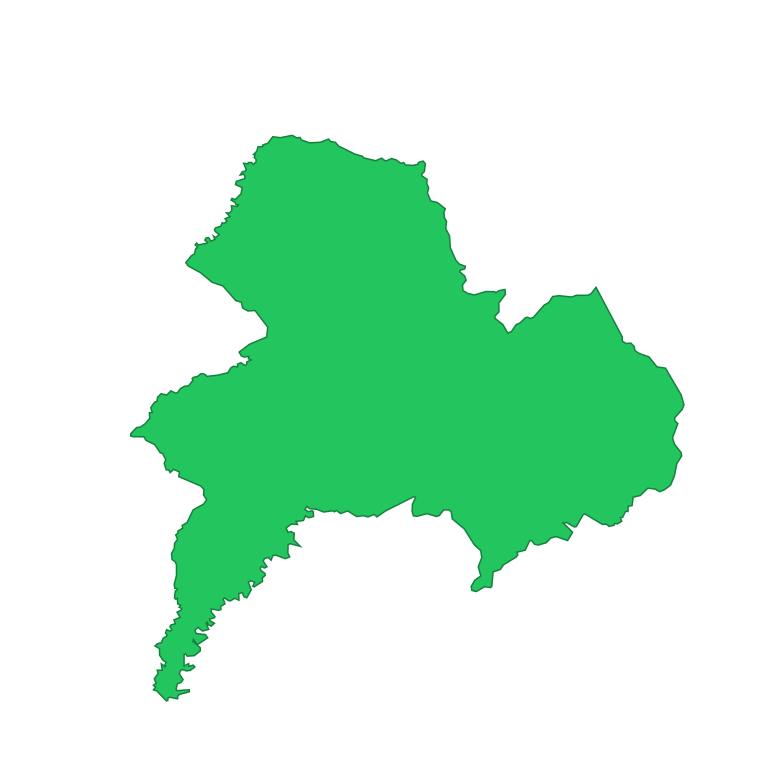 the district of Unaí, Minas Gerais, Brazil, rotated 78°
{"feature_id": "56859067B95951765675764", "entity_name": "Unaí", "entity_type": "district", "adm_level": 2, "iso_a3": "BRA", "parent_name": "Brazil", "parent_adm1": "Minas Gerais", "projection": "robinson", "projection_center": [-46.723, -16.386], "detail": "fine", "context": "isolated", "style": "filled", "palette": "green", "viewbox_px": 768, "rotation_deg": 78, "n_neighbors": 0, "source": "geoboundaries", "source_scale": "gbopen_adm2", "svg_char_len": 6168}
<svg xmlns="http://www.w3.org/2000/svg" viewBox="0 0 768 768"><g transform="rotate(78 384 384)"><path d="M542.4,124.6L534.3,119.1L522.7,114.1L516.3,107.8L512.9,107.7L503.0,112.5L496.5,112.9L483.8,104.8L480.4,107.2L477.5,106.7L471.0,97.8L466.8,94.9L456.4,95.6L427.0,105.4L424.0,113.4L412.5,119.2L407.3,127.9L403.5,131.6L399.3,131.5L395.3,134.1L394.8,138.5L391.8,142.0L387.3,141.2L333.5,156.5L338.7,162.6L339.6,166.2L337.2,177.5L338.0,182.1L334.0,194.5L333.5,200.9L338.5,205.7L340.2,211.1L349.9,224.0L350.4,227.2L348.5,229.8L348.7,232.1L352.5,238.2L353.4,242.4L359.3,248.6L359.8,252.3L350.5,255.4L343.0,261.7L340.7,261.5L337.3,256.5L328.8,254.9L321.5,246.6L316.7,246.0L316.6,252.2L318.1,255.7L316.7,256.6L314.7,265.2L315.7,276.9L313.1,282.8L309.1,287.3L303.4,286.6L299.7,282.1L295.1,282.6L290.0,286.6L288.6,285.7L288.3,281.2L285.8,279.9L282.4,285.4L278.1,287.9L264.5,290.8L252.8,289.1L244.9,291.3L237.9,289.0L234.2,290.3L228.6,289.7L225.4,287.6L217.5,294.1L214.8,300.1L206.3,301.9L201.5,299.5L197.0,300.5L192.8,299.3L188.2,303.7L186.5,303.4L184.7,300.4L177.1,297.7L174.1,299.4L174.5,304.2L176.2,305.4L176.2,309.9L174.3,317.6L171.5,318.6L171.7,321.6L167.3,325.5L165.0,329.7L166.3,336.0L162.6,339.5L163.9,345.7L158.5,357.1L156.8,357.7L152.9,364.9L141.8,379.0L137.5,381.3L135.7,385.9L132.9,387.3L134.3,396.1L132.6,406.8L128.0,414.1L125.4,414.8L125.2,418.2L121.7,422.0L121.5,434.2L119.0,441.4L124.3,447.5L125.1,453.1L126.6,453.3L125.8,458.0L129.8,460.0L132.4,463.9L133.2,462.3L135.4,463.9L138.1,462.3L140.3,463.2L142.0,466.2L139.8,467.5L139.1,470.6L140.4,471.2L138.9,475.4L145.6,474.2L146.9,475.0L146.9,478.5L149.7,481.2L149.6,477.6L152.2,476.7L154.2,477.8L155.1,486.4L158.1,487.8L162.4,481.9L168.2,484.3L172.7,491.2L170.8,494.1L172.4,495.3L175.3,492.0L177.6,491.5L178.6,489.1L179.9,490.5L177.9,496.2L182.4,496.6L184.7,499.5L183.8,502.5L188.3,500.0L189.3,505.1L192.2,503.8L193.6,507.0L192.6,508.8L195.7,510.8L196.2,516.3L198.1,517.9L199.9,517.3L203.4,514.1L205.8,518.2L203.9,520.0L207.3,519.4L208.3,523.6L204.3,525.2L204.2,527.7L206.0,529.3L209.0,527.1L209.5,528.8L209.3,536.7L207.2,538.0L208.7,539.8L211.5,538.0L212.7,540.2L217.2,542.3L218.7,546.1L224.2,552.7L228.1,550.7L237.0,540.3L248.7,531.1L254.7,521.1L271.6,511.7L274.4,506.5L280.2,506.5L284.3,501.9L285.3,494.9L304.2,485.9L313.6,489.0L317.2,507.4L322.7,519.1L326.9,517.7L328.5,515.4L328.9,510.5L331.1,511.4L332.8,509.1L333.9,513.6L336.5,514.4L337.0,516.0L333.4,519.6L334.1,523.2L336.7,523.6L335.4,527.6L336.5,530.6L340.5,534.4L340.8,545.0L339.7,555.5L337.0,557.5L335.8,560.8L337.9,565.1L337.8,568.9L338.8,570.5L340.7,570.2L345.2,575.6L344.7,579.4L346.2,584.2L349.6,587.8L349.6,589.8L346.4,593.8L349.6,598.8L347.2,604.1L349.9,608.3L353.7,609.6L354.1,612.2L358.7,617.1L363.6,616.6L363.3,619.5L368.9,620.3L373.2,625.9L375.4,630.9L375.2,635.1L379.9,642.0L382.2,642.5L383.4,640.3L385.7,629.9L389.7,628.5L395.6,620.9L404.9,617.1L405.5,615.2L412.5,613.2L416.1,615.5L422.8,614.8L423.3,612.4L426.2,611.6L423.8,607.6L427.5,602.3L431.9,604.1L445.5,584.7L449.7,582.0L455.0,583.6L460.3,581.5L463.9,585.3L467.5,596.9L478.5,605.4L480.4,610.9L483.1,610.8L485.1,616.3L486.8,616.3L488.3,619.1L492.9,618.2L496.4,622.0L501.4,623.4L505.5,627.1L511.6,627.8L515.0,624.9L518.3,624.7L528.1,626.8L536.3,630.8L540.5,631.2L540.9,629.2L542.5,629.1L543.1,631.2L549.7,633.4L551.2,632.5L550.8,630.8L556.3,631.5L558.2,629.0L559.8,630.9L561.4,628.6L562.9,629.4L564.2,633.9L569.9,632.0L571.0,638.5L575.1,638.0L575.4,642.5L576.7,643.8L580.5,642.7L581.2,644.7L579.1,647.7L582.2,649.5L584.6,648.3L585.6,649.3L586.7,652.8L590.8,655.7L590.9,659.5L592.6,662.5L596.2,658.6L602.5,659.9L608.2,657.7L610.8,654.9L613.5,656.9L615.5,656.2L611.5,660.0L617.9,660.4L616.7,665.3L620.1,665.1L624.7,670.0L629.5,669.1L630.7,672.2L633.0,670.5L635.3,673.1L637.0,670.0L648.6,662.9L648.7,661.4L646.2,660.5L645.8,658.9L649.0,651.3L646.2,650.6L645.1,648.5L644.6,638.3L642.6,638.1L640.9,650.1L639.5,650.9L634.3,648.5L633.7,644.5L631.5,642.0L625.0,644.4L622.1,642.7L621.3,640.8L623.6,636.8L623.8,632.8L621.4,627.8L619.3,629.0L619.6,633.6L616.9,633.2L618.3,638.2L607.0,635.8L606.7,634.3L609.3,633.1L610.3,626.1L606.8,619.1L603.8,618.6L598.9,622.0L599.7,619.4L595.6,609.2L592.0,610.8L589.0,619.6L585.6,620.1L583.4,616.6L587.9,612.9L587.6,606.5L580.9,607.7L580.2,606.4L582.9,606.1L584.9,603.3L582.8,599.6L579.2,603.5L577.7,603.5L577.4,598.4L576.3,597.7L571.1,600.5L568.1,599.7L571.0,592.7L570.8,590.4L567.6,590.0L566.0,585.3L560.7,585.9L560.2,584.4L563.6,581.1L564.2,579.3L562.6,574.5L565.3,570.8L558.8,569.6L558.6,566.0L563.0,565.2L564.6,562.7L557.7,556.6L549.5,557.9L548.8,554.9L551.1,551.7L554.5,554.5L555.5,553.2L551.8,543.8L548.5,543.4L546.5,540.0L544.6,539.8L540.5,543.3L538.3,543.2L536.9,541.7L539.1,539.2L538.5,536.5L531.9,539.0L529.8,537.0L529.6,533.3L532.9,531.1L528.8,528.5L528.7,525.6L534.3,517.0L533.6,512.2L529.4,513.2L521.5,511.3L520.6,509.1L525.4,499.7L517.6,504.6L511.3,502.8L509.0,505.7L509.2,508.7L504.5,509.7L501.7,503.7L503.4,497.8L500.1,498.7L500.8,491.2L496.7,488.3L499.2,485.4L499.0,480.5L494.1,479.7L493.0,480.8L493.2,484.8L490.1,487.3L487.7,485.0L490.5,482.7L492.5,476.0L496.7,469.6L497.3,460.8L498.7,459.1L497.8,456.8L501.7,453.5L500.6,445.9L508.0,438.2L508.5,431.8L510.7,427.2L509.5,420.9L512.5,418.5L508.4,408.6L500.3,377.9L501.8,376.8L507.5,381.2L514.4,383.0L519.1,382.6L520.3,379.3L519.7,369.1L524.5,360.2L524.2,357.4L519.6,351.8L520.8,346.2L523.3,344.8L530.1,345.3L542.4,335.6L560.1,329.1L567.0,324.0L574.2,324.5L582.3,329.8L591.9,329.2L594.8,336.0L600.2,340.8L604.2,341.0L606.2,336.9L603.2,327.6L605.3,322.2L604.3,320.6L590.5,316.4L589.6,308.7L585.8,304.9L580.8,290.9L579.0,288.6L576.2,289.0L575.9,280.4L567.5,274.0L567.9,272.2L572.1,270.0L573.6,266.6L573.0,258.3L569.3,252.9L569.0,247.5L575.3,236.9L568.2,230.3L557.2,237.7L557.6,234.0L563.4,227.6L563.5,225.6L553.1,216.3L552.8,214.6L566.8,199.5L567.4,195.5L570.0,193.6L570.1,188.4L568.4,187.3L569.3,184.7L567.7,180.0L563.9,180.6L564.0,178.3L558.9,174.3L559.4,171.8L554.4,170.7L554.5,166.6L546.5,163.8L546.4,156.6L540.7,147.5L543.2,140.6L546.6,136.8L545.6,131.2L542.4,124.6ZM598.9,622.0L596.2,624.5L594.3,623.6L597.3,622.1L598.9,622.0Z" fill="#22c55e" stroke="#15803d" stroke-width="1.5"/></g></svg>